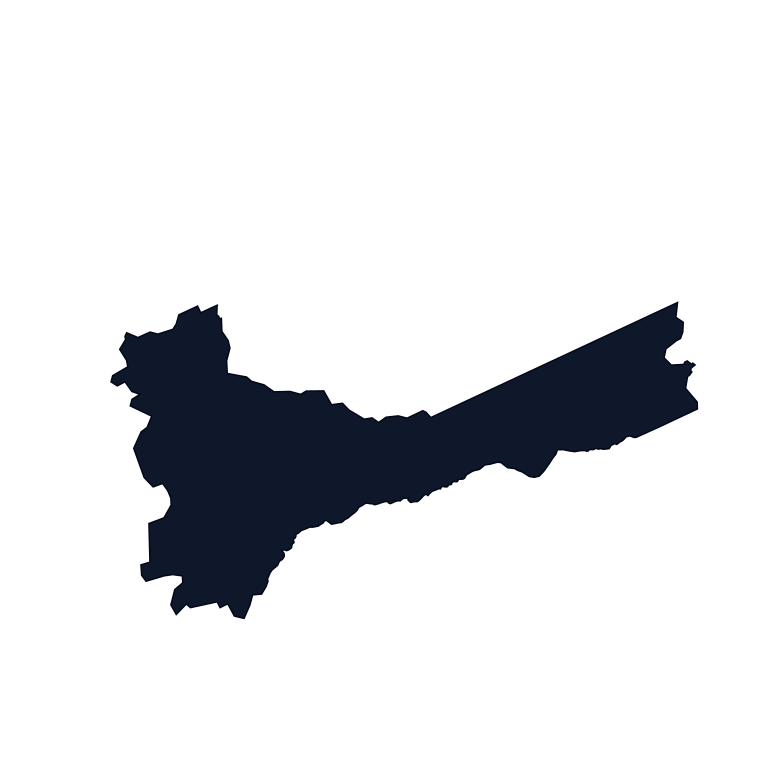 Marion, Oregon, United States of America (Robinson projection), rotated 335°
{"feature_id": "52423323B47476867607178", "entity_name": "Marion", "entity_type": "district", "adm_level": 2, "iso_a3": "USA", "parent_name": "United States of America", "parent_adm1": "Oregon", "projection": "robinson", "projection_center": [-122.538, 44.984], "detail": "fine", "context": "isolated", "style": "filled", "palette": "ink", "viewbox_px": 768, "rotation_deg": 335, "n_neighbors": 0, "source": "geoboundaries", "source_scale": "gbopen_adm2", "svg_char_len": 3933}
<svg xmlns="http://www.w3.org/2000/svg" viewBox="0 0 768 768"><g transform="rotate(335 384 384)"><path d="M130.0,336.5L127.1,367.4L131.3,379.7L141.3,380.6L142.9,389.0L142.8,392.7L142.5,397.7L139.9,403.8L128.0,412.3L112.0,411.1L96.6,446.5L87.3,445.2L83.5,455.0L85.0,462.2L103.5,464.9L111.9,467.4L120.2,472.7L117.6,479.1L107.5,481.9L97.5,494.1L98.3,505.1L111.8,499.9L114.1,504.9L140.7,510.9L140.9,517.4L149.5,517.2L150.3,531.1L158.1,537.3L169.1,527.6L175.8,519.6L184.3,522.7L191.7,517.6L195.6,513.6L195.9,511.6L200.6,507.3L203.8,505.3L210.9,503.4L214.4,500.3L215.2,500.4L216.5,500.2L217.8,499.9L219.1,499.3L220.9,497.9L221.7,495.7L221.7,494.1L221.2,492.8L222.0,491.9L223.3,491.8L224.3,492.9L225.3,493.9L226.6,494.0L228.0,494.0L229.4,493.8L230.9,493.4L232.0,491.9L233.1,490.3L233.9,490.1L235.3,489.8L235.8,488.7L235.7,487.2L236.8,486.2L238.0,486.2L239.9,484.7L240.3,483.5L241.4,483.0L243.4,483.0L245.2,482.4L246.9,481.9L249.2,482.0L251.1,482.2L253.6,482.3L256.0,482.2L258.8,483.6L264.2,485.0L270.6,484.1L271.3,483.0L274.0,483.1L275.1,484.9L277.2,488.9L281.5,490.0L283.2,490.3L284.9,490.8L286.4,491.4L288.7,491.2L291.3,490.3L294.6,490.3L299.0,489.0L302.7,488.3L306.7,486.9L307.9,485.8L309.6,485.0L313.3,484.9L316.2,484.3L318.4,484.8L320.8,486.6L322.7,487.5L324.5,489.5L328.5,490.2L332.0,490.5L334.4,490.9L336.3,491.4L337.5,492.0L337.9,493.7L339.2,495.1L341.6,495.2L344.4,495.2L347.4,495.7L349.3,496.8L350.6,496.4L351.9,496.0L353.4,495.9L355.6,496.7L357.2,497.4L357.7,497.8L357.3,498.5L356.8,499.1L357.3,500.7L357.6,501.7L358.4,502.8L359.6,502.9L362.1,503.6L364.5,504.7L366.8,504.3L368.9,503.5L371.1,502.6L372.8,501.9L374.6,501.6L375.5,502.0L376.4,502.6L376.3,503.0L376.4,503.5L376.8,503.6L378.0,503.1L378.9,502.6L380.2,502.2L381.7,501.8L383.0,501.6L384.2,501.7L385.8,501.9L387.5,501.9L388.7,502.0L389.8,502.1L390.2,502.5L390.7,502.9L391.2,502.6L392.2,501.9L393.1,501.4L394.1,501.8L395.0,502.4L396.1,503.2L397.3,503.7L398.4,503.9L399.2,503.1L400.1,502.7L401.2,503.1L402.4,503.5L403.2,503.0L403.5,502.3L404.7,502.0L405.5,501.9L406.7,502.0L407.3,502.6L408.4,503.3L409.4,503.2L410.4,502.7L411.3,502.0L412.5,502.3L414.0,503.0L415.2,503.5L415.9,503.6L417.1,503.4L418.0,502.7L420.5,501.1L422.2,501.0L424.1,500.8L427.5,500.5L430.3,500.8L432.3,501.4L434.8,501.7L435.5,501.4L437.9,500.9L440.7,500.0L443.1,500.5L445.4,501.3L448.4,501.9L451.4,502.4L453.6,502.8L456.8,504.6L460.6,512.1L466.6,515.8L468.7,518.8L472.2,522.2L476.6,529.2L480.8,532.1L485.7,533.1L491.8,530.7L495.9,528.4L499.8,526.2L506.3,522.1L510.0,520.3L513.4,516.9L518.6,519.2L521.7,521.5L523.6,522.9L528.2,525.9L534.1,527.5L538.0,529.3L539.1,530.5L540.9,531.0L541.7,530.4L543.7,530.7L545.9,532.0L549.1,531.8L550.6,533.6L553.1,534.2L555.0,535.7L558.1,536.9L560.8,537.7L563.9,535.6L568.0,535.6L569.4,537.1L571.5,536.7L573.2,536.2L574.9,536.3L577.4,535.8L581.2,534.2L584.6,534.8L586.4,536.4L587.8,538.0L589.9,538.9L613.3,539.2L651.6,539.1L657.5,539.1L660.2,532.7L655.5,515.4L662.2,505.6L664.7,505.1L668.1,503.2L667.5,502.1L668.9,499.4L674.0,498.2L672.7,495.6L671.0,495.8L668.5,491.2L665.7,491.3L664.1,493.0L652.4,488.3L648.9,478.6L654.4,471.3L667.3,468.3L671.9,468.1L676.8,463.1L681.3,454.5L676.7,446.9L684.5,434.2L671.6,434.2L412.3,434.2L410.1,427.3L407.9,424.6L390.5,424.7L383.4,418.9L371.9,415.0L362.8,416.6L358.9,409.7L351.2,407.5L341.3,392.9L338.2,383.9L327.7,380.6L326.5,364.8L310.4,357.5L304.2,358.2L295.6,351.0L281.0,344.6L274.9,334.1L265.1,325.6L262.4,319.6L246.4,308.2L251.2,296.4L259.5,286.4L261.1,278.8L259.3,267.8L264.4,255.7L262.4,255.2L262.8,252.9L261.6,250.7L266.0,242.2L267.0,242.1L256.5,242.0L248.0,242.0L248.0,234.6L227.3,234.6L221.0,241.9L215.8,245.2L200.1,243.2L194.0,238.1L180.6,237.9L172.4,228.8L169.3,231.5L168.7,234.4L159.1,240.9L160.7,253.7L159.1,260.1L141.6,261.8L137.5,266.7L141.5,273.0L150.2,272.5L152.3,284.2L158.4,290.2L149.1,291.4L144.8,296.6L159.9,315.0L151.0,323.2L143.6,324.8L130.0,336.5Z" fill="#0f172a" stroke="#020617" stroke-width="1.5"/></g></svg>